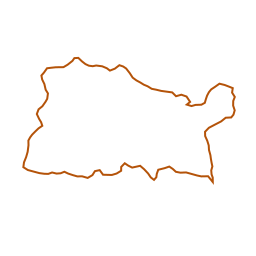 the district of Agronômica, Santa Catarina, Brazil, rotated 106°
{"feature_id": "56859067B26785217747233", "entity_name": "Agronômica", "entity_type": "district", "adm_level": 2, "iso_a3": "BRA", "parent_name": "Brazil", "parent_adm1": "Santa Catarina", "projection": "albers", "projection_center": [-49.723, -27.321], "detail": "fine", "context": "isolated", "style": "outline", "palette": "amber", "viewbox_px": 256, "rotation_deg": 106, "n_neighbors": 0, "source": "geoboundaries", "source_scale": "gbopen_adm2", "svg_char_len": 1740}
<svg xmlns="http://www.w3.org/2000/svg" viewBox="0 0 256 256"><g transform="rotate(106 128 128)"><path d="M92.9,222.3L98.0,224.1L101.4,225.7L105.0,223.9L108.8,220.5L113.9,217.7L116.8,214.5L122.2,213.7L125.5,214.5L130.7,216.3L134.7,219.1L139.7,219.5L143.8,215.9L146.4,213.1L149.5,211.0L153.0,213.9L156.6,216.0L160.8,218.3L164.0,219.5L167.5,220.3L172.0,218.9L178.6,217.9L184.0,217.9L189.7,218.5L194.5,217.8L196.0,212.7L195.9,206.7L195.8,200.8L195.1,196.0L194.1,192.0L191.7,188.7L191.5,184.1L190.1,180.3L187.6,177.1L188.3,172.9L188.5,168.0L188.5,163.4L187.1,158.8L187.1,153.0L183.1,149.2L178.6,147.9L176.3,143.6L179.8,139.1L177.6,130.6L174.9,126.4L171.0,122.8L167.3,123.8L162.8,121.4L164.1,117.4L164.9,113.1L162.8,109.2L161.0,105.9L163.2,101.1L166.2,96.1L169.2,92.5L170.7,88.7L167.5,87.2L164.2,87.7L159.8,87.4L156.5,81.7L153.7,77.7L155.0,73.7L156.9,69.9L156.5,65.3L154.7,59.9L154.6,48.5L154.3,44.2L152.3,37.7L156.6,31.6L152.3,32.9L149.5,34.9L145.8,36.3L141.7,36.3L138.1,38.2L134.6,39.9L131.4,41.3L126.8,44.1L122.5,45.6L118.4,48.3L114.5,51.6L110.4,52.9L105.5,50.3L101.0,45.6L96.0,40.3L91.2,36.9L89.4,31.7L86.1,30.3L81.6,30.3L77.5,33.1L73.0,34.3L68.7,33.9L65.3,37.7L60.8,38.3L60.4,42.3L60.0,46.9L60.2,52.3L64.2,55.5L68.0,58.7L71.3,60.1L75.1,60.9L79.2,61.1L82.6,61.1L85.4,63.9L87.2,69.5L89.4,73.0L89.3,77.9L85.8,75.5L81.6,80.4L81.3,85.9L84.2,90.6L81.6,95.3L82.4,100.8L83.2,106.4L83.4,111.4L83.8,116.0L82.5,120.6L82.0,124.8L80.9,128.6L79.9,133.1L78.3,137.4L74.8,141.4L71.3,146.2L70.2,149.6L70.0,153.6L74.6,157.0L77.8,161.2L76.4,164.8L75.8,169.8L76.7,175.8L78.3,178.9L78.9,182.8L78.3,186.5L76.7,190.5L74.3,195.1L75.6,198.8L78.8,199.9L83.8,203.5L87.3,206.8L89.5,214.1L91.4,218.8L92.9,222.3Z" fill="none" stroke="#b45309" stroke-width="2"/></g></svg>